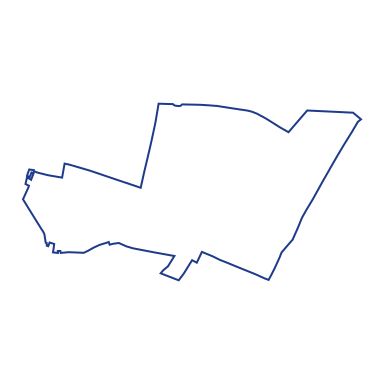 the district of Bab Al-Shariyya, Al Qahirah, Egypt
{"feature_id": "37247803B36275264085145", "entity_name": "Bab Al-Shariyya", "entity_type": "district", "adm_level": 2, "iso_a3": "EGY", "parent_name": "Egypt", "parent_adm1": "Al Qahirah", "projection": "albers", "projection_center": [31.258, 30.059], "detail": "fine", "context": "isolated", "style": "outline", "palette": "blue", "viewbox_px": 384, "rotation_deg": 0, "n_neighbors": 0, "source": "geoboundaries", "source_scale": "gbopen_adm2", "svg_char_len": 1895}
<svg xmlns="http://www.w3.org/2000/svg" viewBox="0 0 384 384"><path d="M53.0,252.4L55.7,252.7L57.9,253.0L57.9,252.2L57.8,251.0L60.3,251.0L60.5,252.0L60.7,252.9L68.7,252.2L83.8,252.8L84.9,252.3L86.1,251.7L87.9,250.9L93.3,247.8L99.8,244.8L105.9,243.0L108.7,242.0L109.2,243.4L109.7,244.7L112.9,243.8L118.8,243.0L126.5,246.4L133.0,248.3L138.7,249.4L156.5,252.8L157.4,253.0L158.3,253.1L174.4,256.0L168.0,266.3L163.2,270.3L160.7,273.3L164.7,274.9L178.7,280.3L183.7,273.7L192.1,260.2L196.8,262.7L201.9,251.9L212.6,256.3L219.9,259.9L226.3,262.4L236.0,266.4L255.1,274.1L264.6,278.4L266.6,279.1L268.6,279.9L271.2,275.1L274.8,268.0L279.8,257.0L280.5,255.1L281.2,253.4L281.6,252.4L289.6,243.1L291.1,241.4L292.6,239.7L297.8,228.0L302.0,217.7L306.4,209.9L312.9,199.1L323.2,180.5L328.2,171.8L329.0,170.5L329.7,169.1L337.3,155.9L344.3,144.2L352.7,130.7L353.9,128.5L355.2,126.4L357.8,121.9L359.4,120.6L361.0,119.3L353.1,112.7L320.1,111.1L307.2,110.5L288.5,132.2L279.9,127.3L266.4,118.8L265.5,118.3L264.6,117.8L263.7,117.3L262.8,116.8L261.9,116.3L261.5,116.1L260.6,115.7L257.5,113.9L252.2,111.8L249.6,111.1L247.5,110.6L246.3,110.4L234.1,108.6L217.4,106.0L216.8,105.9L216.2,105.9L208.4,105.3L200.2,104.8L182.2,104.4L181.1,105.4L180.0,106.0L178.9,106.1L175.5,105.7L174.0,105.2L173.8,104.9L172.9,104.1L168.2,104.0L158.6,103.7L155.4,122.7L151.7,140.0L149.4,150.1L144.2,172.0L140.7,187.8L133.4,185.3L120.5,181.0L89.8,170.6L69.2,164.6L64.6,163.6L62.1,177.6L51.4,175.8L49.7,175.5L48.0,175.2L37.9,172.7L33.8,171.2L33.8,170.1L29.2,169.5L27.0,175.8L29.0,176.7L29.7,177.0L31.5,172.5L33.6,173.3L31.1,179.8L29.4,178.6L28.6,178.3L26.9,177.8L25.5,184.0L27.2,184.9L28.9,185.7L28.6,187.0L23.0,199.3L28.9,208.9L40.9,228.2L43.1,231.6L43.7,232.8L44.3,233.9L44.4,234.3L45.7,242.7L46.7,243.0L46.8,245.7L48.2,246.2L49.1,243.9L49.6,242.5L54.2,244.0L53.9,246.2L53.6,248.5L53.0,252.4Z" fill="none" stroke="#1e3a8a" stroke-width="2"/></svg>